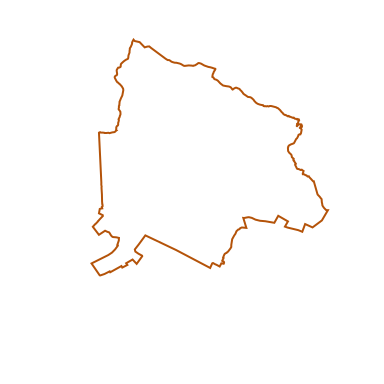 Racsa, Satu Mare, Romania, rotated 210°
{"feature_id": "2599482B8839717617259", "entity_name": "Racsa", "entity_type": "district", "adm_level": 2, "iso_a3": "ROU", "parent_name": "Romania", "parent_adm1": "Satu Mare", "projection": "robinson", "projection_center": [23.336, 47.815], "detail": "fine", "context": "isolated", "style": "outline", "palette": "amber", "viewbox_px": 384, "rotation_deg": 210, "n_neighbors": 0, "source": "geoboundaries", "source_scale": "gbopen_adm2", "svg_char_len": 6018}
<svg xmlns="http://www.w3.org/2000/svg" viewBox="0 0 384 384"><g transform="rotate(210 192 192)"><path d="M233.3,310.3L233.9,310.3L234.6,310.0L236.4,309.7L238.4,309.2L240.4,308.5L242.5,308.1L244.6,307.7L248.3,307.7L250.1,307.3L250.9,306.9L251.1,306.6L251.4,305.7L252.5,303.6L252.9,303.0L254.0,302.1L254.1,301.8L255.5,301.3L258.1,300.0L261.3,297.6L261.9,297.3L262.8,297.2L265.1,297.3L266.8,297.1L270.2,296.1L271.7,295.3L274.1,294.7L275.2,294.6L276.4,294.8L277.6,294.8L278.0,294.7L279.0,294.1L281.5,294.2L299.5,296.3L301.8,296.7L303.4,295.6L305.3,293.6L312.3,295.6L317.1,294.1L318.8,294.7L318.8,293.4L318.7,292.0L318.5,291.2L318.1,290.6L317.9,289.7L317.6,287.0L317.7,285.9L317.6,285.1L317.2,284.5L316.6,282.9L315.9,281.7L315.7,280.9L315.6,280.2L315.3,278.5L314.4,276.6L314.1,275.5L314.2,275.1L315.2,273.7L316.0,272.1L316.6,270.6L317.4,268.0L317.5,267.1L316.5,264.9L316.5,264.5L317.1,263.5L318.1,262.8L318.2,262.3L318.2,260.1L317.9,259.4L316.8,258.0L316.0,257.0L315.7,256.5L315.6,255.9L315.6,255.4L316.1,254.8L316.4,254.2L316.5,253.2L316.4,252.8L315.7,252.1L313.0,250.4L311.5,249.7L310.6,249.8L309.7,249.4L309.2,249.4L308.5,249.3L305.7,248.4L303.4,247.1L303.0,246.7L302.3,245.6L300.6,240.7L300.4,237.8L299.8,233.6L299.4,233.2L298.7,231.4L298.3,231.0L298.3,229.9L297.5,228.6L297.4,228.2L297.0,227.1L296.6,226.8L295.3,226.3L294.2,225.7L293.3,224.4L292.7,223.3L292.5,221.6L292.2,221.1L292.1,220.1L292.1,219.3L292.0,218.7L292.0,218.4L291.9,218.1L291.3,217.8L290.7,216.0L290.5,214.9L289.6,213.4L289.5,212.8L289.6,212.2L289.9,211.7L290.0,211.1L289.9,210.1L289.4,209.3L289.1,208.5L288.6,207.8L288.2,207.7L288.6,207.1L288.5,206.6L289.0,205.2L290.5,204.0L290.7,203.9L292.9,201.7L294.0,201.5L295.9,200.1L297.2,199.4L297.7,199.4L298.0,199.2L298.4,199.1L301.0,197.7L301.3,197.7L301.5,197.8L302.0,197.3L302.2,196.8L275.2,154.8L274.2,153.0L272.9,151.4L272.6,150.6L268.7,144.7L265.0,138.6L264.3,137.6L264.1,137.2L263.6,136.8L263.5,136.4L262.9,136.0L262.6,135.4L262.5,134.9L262.3,134.7L262.6,134.0L262.2,133.6L262.1,133.3L261.6,132.9L262.8,131.9L263.4,131.2L261.9,127.0L257.7,127.3L257.2,126.6L258.3,122.2L258.7,119.9L258.9,119.6L258.8,119.2L259.5,116.3L259.8,115.7L260.5,112.3L251.2,108.4L247.9,115.0L245.3,115.2L243.8,115.6L243.1,115.4L240.4,113.9L239.2,113.5L238.3,113.4L237.4,113.7L234.9,114.9L232.3,115.7L231.1,113.3L230.2,108.7L229.5,108.7L229.4,108.4L229.9,103.8L231.0,99.5L233.0,95.5L243.3,79.9L230.3,73.7L229.7,73.9L226.8,77.2L223.6,82.1L222.7,81.6L216.1,92.6L214.6,91.7L211.5,96.5L213.4,97.4L209.7,103.8L204.0,102.1L203.0,111.5L203.4,111.9L207.5,111.8L211.3,112.1L212.8,113.7L211.9,120.0L210.7,131.1L176.7,133.8L138.3,135.3L138.4,136.1L138.8,140.2L138.7,140.6L138.2,141.0L137.9,141.0L135.9,141.0L134.3,141.2L130.8,141.3L130.9,144.9L128.7,145.7L128.8,146.7L129.4,147.4L129.8,147.6L131.1,147.3L131.5,147.7L131.4,148.4L131.7,149.2L131.5,149.9L131.7,150.7L132.3,150.8L132.7,153.6L132.7,154.8L132.1,156.0L131.6,156.5L131.5,157.3L131.0,158.3L130.5,162.3L130.5,164.0L131.5,165.8L133.6,171.2L133.7,175.4L133.5,177.6L133.9,180.2L133.2,182.6L132.3,183.5L132.2,184.7L131.1,186.2L127.0,188.1L134.6,195.2L133.9,195.5L131.4,197.7L130.2,198.6L127.3,199.5L123.2,199.8L118.7,201.1L114.0,203.3L105.3,206.5L105.4,214.5L94.2,214.5L94.2,208.5L91.4,209.0L80.9,212.1L76.6,212.7L78.0,220.8L69.9,221.6L65.3,232.3L65.2,243.9L65.2,244.2L66.7,243.4L69.6,244.2L71.6,245.1L72.7,245.9L73.0,246.5L74.4,248.0L76.2,250.6L76.6,250.8L77.6,251.1L78.9,251.7L81.9,252.6L82.4,253.0L91.8,262.1L92.1,261.8L92.3,261.8L97.8,263.5L98.7,264.0L99.7,263.2L101.1,263.6L101.7,263.5L102.1,263.3L103.3,263.4L103.9,263.3L104.9,262.8L105.1,263.0L105.4,263.6L105.5,264.5L105.9,266.0L106.9,266.0L108.1,266.2L108.5,265.9L108.7,265.5L108.9,265.4L111.1,265.2L112.0,264.8L112.7,264.7L116.3,267.1L116.1,268.1L116.2,268.4L117.3,268.7L117.4,268.8L117.4,269.0L119.9,270.1L120.0,270.3L119.9,270.4L120.4,270.6L120.5,270.9L120.4,271.3L120.5,271.6L122.9,272.1L123.9,273.3L124.4,273.8L125.5,274.2L127.4,274.6L128.8,275.3L129.3,275.6L131.0,278.2L131.1,279.0L131.4,279.5L131.3,280.7L130.3,282.5L128.3,284.9L128.2,285.2L128.1,285.7L128.3,289.9L127.9,291.1L128.0,293.3L128.3,294.7L128.0,295.3L127.7,295.5L127.6,295.8L127.0,296.1L127.1,296.5L127.0,296.9L127.0,297.4L128.2,300.8L128.5,301.0L129.1,301.2L129.5,301.7L129.8,301.7L130.4,301.4L130.6,301.6L130.5,302.0L129.8,302.7L129.6,302.6L129.4,303.3L129.7,304.2L130.0,304.3L130.2,304.1L130.3,303.3L130.5,303.1L130.4,304.3L130.5,304.5L131.0,304.1L131.2,304.6L130.9,304.9L131.1,305.2L131.3,305.2L131.9,304.8L132.5,304.6L133.0,304.3L133.5,303.5L133.8,302.4L133.9,301.6L134.1,301.5L134.3,301.6L134.3,302.5L134.9,303.1L135.1,303.4L135.1,303.6L134.7,304.1L134.6,304.4L134.8,305.1L134.9,305.7L135.2,306.3L135.1,307.0L135.8,307.3L135.3,307.9L135.4,308.0L135.7,308.1L136.0,308.3L136.5,307.9L137.1,307.9L137.2,307.5L137.6,307.3L138.5,307.4L139.3,307.0L139.8,306.9L140.2,307.0L140.9,307.3L141.2,307.2L141.3,306.8L141.5,306.7L142.1,306.7L142.8,306.5L144.6,306.3L145.1,306.0L145.7,306.2L146.3,306.2L146.5,306.1L146.7,305.5L146.8,305.5L148.3,305.5L148.7,305.4L149.4,305.6L150.3,305.1L151.7,305.2L152.2,305.5L152.6,305.5L153.3,305.9L154.3,306.0L155.4,306.5L155.9,306.6L156.4,306.9L158.2,307.3L159.9,307.6L160.7,307.3L161.6,307.4L165.6,306.3L166.5,306.0L167.6,305.4L168.4,304.4L169.6,304.1L170.3,303.4L171.6,302.9L171.9,302.6L172.3,302.5L173.0,302.2L173.5,302.6L174.0,302.7L175.1,302.2L177.0,301.6L179.3,301.2L180.8,301.3L181.7,301.4L182.3,301.7L183.3,301.9L184.9,302.7L187.7,303.3L189.0,303.2L191.1,302.3L194.3,302.6L195.3,302.6L197.0,302.9L197.7,303.4L198.7,303.7L199.8,304.2L200.7,304.3L202.5,305.0L204.0,304.7L205.2,304.6L206.0,304.4L206.5,303.9L207.1,303.0L207.6,302.1L207.9,301.2L208.1,301.0L208.5,301.1L210.6,302.0L211.7,302.0L212.8,301.8L215.5,300.7L218.2,299.8L218.7,299.8L221.7,300.2L225.2,301.3L226.5,301.4L227.6,301.3L228.8,301.0L229.4,301.1L230.3,301.7L230.8,301.9L231.1,301.9L231.7,301.7L231.9,301.8L232.3,302.7L232.7,303.8L232.9,304.5L232.9,305.4L233.2,306.9L233.1,309.4L233.2,310.2L233.3,310.3Z" fill="none" stroke="#b45309" stroke-width="2"/></g></svg>